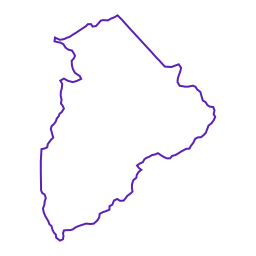 the district of Itarana, Espírito Santo, Brazil
{"feature_id": "56859067B16388217553229", "entity_name": "Itarana", "entity_type": "district", "adm_level": 2, "iso_a3": "BRA", "parent_name": "Brazil", "parent_adm1": "Espírito Santo", "projection": "mercator", "projection_center": [-40.89, -19.955], "detail": "fine", "context": "isolated", "style": "outline", "palette": "violet", "viewbox_px": 256, "rotation_deg": 0, "n_neighbors": 0, "source": "geoboundaries", "source_scale": "gbopen_adm2", "svg_char_len": 2214}
<svg xmlns="http://www.w3.org/2000/svg" viewBox="0 0 256 256"><path d="M60.0,240.6L62.9,239.3L63.5,236.0L63.0,233.2L64.0,230.4L67.4,230.1L70.0,230.1L72.6,229.5L75.4,227.5L78.4,226.1L82.1,224.9L86.0,223.6L90.1,224.0L93.7,223.7L97.2,220.6L99.2,217.4L99.7,213.8L103.0,212.1L106.3,211.0L109.4,209.7L109.6,206.1L112.3,204.7L114.0,200.5L117.2,199.0L120.0,200.8L123.6,200.6L125.7,198.1L127.3,195.8L130.0,194.0L132.5,191.6L131.9,187.6L132.0,184.3L133.3,180.2L136.3,177.8L136.8,174.8L138.5,172.1L141.3,169.8L139.1,168.2L137.0,165.5L139.5,163.7L142.8,162.2L144.4,159.3L146.5,157.8L149.0,156.9L152.1,155.0L154.6,154.6L158.0,153.2L161.1,155.3L164.4,157.3L167.3,158.4L170.1,158.3L172.1,155.9L175.5,155.0L178.6,153.2L181.0,151.6L183.7,150.2L186.2,148.8L189.5,148.6L190.8,146.0L193.3,142.8L195.1,138.9L197.7,137.4L201.0,137.2L203.2,135.5L205.8,132.8L207.0,129.7L208.5,125.6L211.7,123.1L213.8,120.1L215.2,116.8L213.6,114.1L214.5,110.4L213.2,107.0L209.7,106.6L207.4,105.1L205.6,102.2L202.8,100.5L201.7,96.8L200.4,92.0L197.1,89.4L195.4,86.7L192.9,85.7L187.9,86.7L185.0,86.7L182.5,86.2L179.7,85.8L177.5,82.0L177.9,78.1L179.2,74.3L180.3,71.3L181.1,67.9L178.7,64.3L171.4,67.0L164.8,66.6L158.7,59.9L156.4,57.6L153.8,54.7L151.6,52.2L148.1,48.4L143.6,43.5L129.4,28.1L126.7,25.1L122.0,19.8L117.6,15.4L114.3,17.3L111.0,18.6L107.9,20.4L103.2,20.1L100.6,20.7L98.8,23.0L96.0,26.0L92.7,26.6L90.9,24.1L87.8,24.2L85.8,26.3L81.5,29.1L79.2,30.6L76.4,32.5L72.8,34.7L69.6,36.9L67.0,37.7L64.1,39.1L59.8,39.8L55.0,37.6L54.5,41.3L57.1,42.0L60.3,42.6L63.4,44.2L65.5,47.6L68.5,49.7L71.9,50.5L73.8,53.4L75.0,55.8L73.9,58.3L71.7,60.8L71.9,65.1L72.8,68.8L74.9,72.8L79.8,76.1L81.2,78.9L76.4,81.1L72.8,82.1L68.1,80.9L63.9,78.6L60.3,80.6L62.2,83.8L61.8,88.1L60.8,91.9L60.7,95.8L61.6,99.7L60.9,103.4L62.8,106.0L63.9,108.7L61.8,111.9L59.6,113.7L58.6,116.3L56.8,118.4L55.9,121.2L54.0,124.0L51.7,126.0L50.8,128.9L52.0,133.2L53.2,137.7L50.7,140.1L47.8,144.1L47.2,147.3L44.6,148.5L41.5,149.1L40.8,161.4L40.8,171.8L41.1,190.3L42.1,192.9L44.6,194.5L45.8,198.0L44.7,201.5L44.4,204.6L43.0,208.5L43.7,212.3L45.2,215.9L46.9,218.8L48.3,221.2L49.4,224.2L51.5,226.1L52.6,230.1L54.0,232.7L55.8,234.5L56.2,237.7L60.0,240.6Z" fill="none" stroke="#5b21b6" stroke-width="2"/></svg>